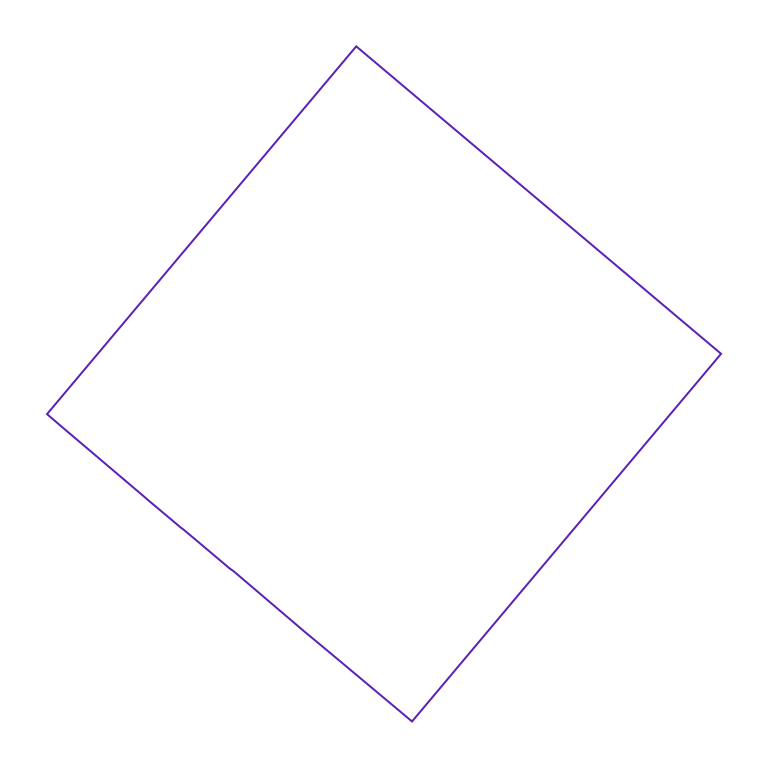 the district of Jefferson, Nebraska, United States of America, rotated 40°
{"feature_id": "52423323B41308713278653", "entity_name": "Jefferson", "entity_type": "district", "adm_level": 2, "iso_a3": "USA", "parent_name": "United States of America", "parent_adm1": "Nebraska", "projection": "mercator", "projection_center": [-97.192, 40.176], "detail": "fine", "context": "isolated", "style": "outline", "palette": "violet", "viewbox_px": 768, "rotation_deg": 40, "n_neighbors": 0, "source": "geoboundaries", "source_scale": "gbopen_adm2", "svg_char_len": 381}
<svg xmlns="http://www.w3.org/2000/svg" viewBox="0 0 768 768"><g transform="rotate(40 384 384)"><path d="M145.2,623.7L145.3,623.7L164.5,623.9L165.2,623.9L275.9,624.5L276.0,624.6L321.1,624.6L323.3,624.4L342.7,624.4L384.2,624.5L389.0,624.1L482.0,624.8L501.9,624.7L524.7,624.6L622.4,624.5L622.8,144.2L145.7,143.2L145.2,623.7Z" fill="none" stroke="#5b21b6" stroke-width="2"/></g></svg>